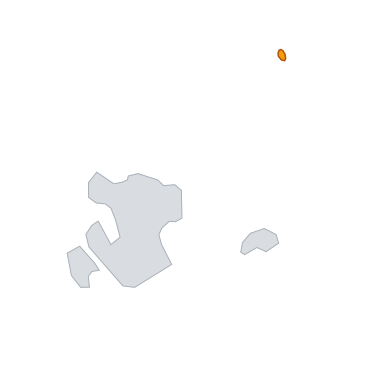 Brändö on a map of Aland (Albers equal-area conic projection), rotated 333°
{"feature_id": "ALD-4823", "entity_name": "Brändö", "entity_type": "state/province", "adm_level": 1, "iso_a3": "ALA", "parent_name": "Aland", "parent_adm1": "", "projection": "albers", "projection_center": [21.08, 60.465], "detail": "fine", "context": "in_parent", "style": "filled", "palette": "amber", "viewbox_px": 384, "rotation_deg": 333, "n_neighbors": 0, "source": "natural_earth", "source_scale": "10m", "svg_char_len": 973}
<svg xmlns="http://www.w3.org/2000/svg" viewBox="0 0 384 384"><g transform="rotate(333 192 192)"><path d="M134.3,151.6L140.0,151.8L142.5,148.8L152.3,151.1L166.9,165.7L169.7,173.5L179.9,177.6L183.3,185.7L171.2,210.7L163.9,211.0L158.5,207.8L148.8,210.4L143.1,215.0L141.0,225.4L141.0,247.3L97.6,250.9L87.8,244.3L75.2,194.3L78.2,181.6L87.4,176.3L95.2,175.3L95.9,202.1L107.4,199.6L111.3,182.0L112.4,169.6L109.4,163.3L101.7,158.3L97.4,149.9L104.1,136.6L116.1,131.1L126.1,149.2L134.3,151.6ZM73.0,211.3L73.8,219.6L66.8,217.4L61.3,220.1L57.4,230.3L49.5,226.4L46.6,211.7L53.0,189.8L67.3,189.3L73.0,211.3ZM247.6,268.1L246.0,276.9L230.9,278.8L224.6,270.9L210.5,271.7L208.1,267.8L214.0,260.0L225.2,255.3L239.8,257.3L247.6,268.1Z" fill="#d9dde1" stroke="#a8b0b8" stroke-width="1"/><path d="M335.9,105.5L337.1,107.2L337.4,111.7L335.9,115.8L334.1,117.0L331.6,114.9L330.6,110.4L331.5,107.6L333.7,105.4L335.2,105.2L335.9,105.5Z" fill="#f59e0b" stroke="#b45309" stroke-width="1.5"/></g></svg>